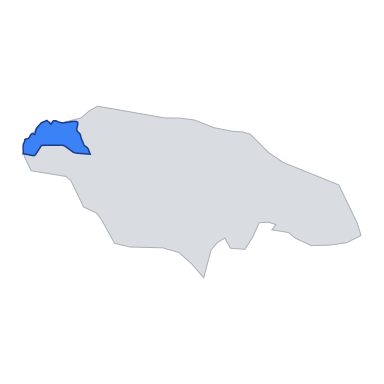 location of Hanover within Jamaica
{"feature_id": "JAM-1371", "entity_name": "Hanover", "entity_type": "Parish", "adm_level": 1, "iso_a3": "JAM", "parent_name": "Jamaica", "parent_adm1": "", "projection": "equal_earth", "projection_center": [-78.136, 18.373], "detail": "fine", "context": "in_parent", "style": "filled", "palette": "blue", "viewbox_px": 384, "rotation_deg": 0, "n_neighbors": 0, "source": "natural_earth", "source_scale": "10m", "svg_char_len": 1351}
<svg xmlns="http://www.w3.org/2000/svg" viewBox="0 0 384 384"><path d="M194.5,120.0L213.7,127.6L233.6,131.5L242.2,131.8L250.3,134.2L268.5,152.5L283.2,162.5L338.8,184.9L357.4,223.5L361.0,235.5L346.6,242.7L328.6,245.2L311.3,245.6L295.3,238.2L288.4,232.5L271.8,229.8L275.9,224.6L268.5,222.2L259.2,222.7L252.5,237.5L244.9,249.3L230.4,248.2L224.8,238.1L217.2,242.7L211.0,250.1L203.7,277.8L191.8,264.0L178.9,252.5L162.6,247.8L129.9,247.0L114.5,243.2L101.6,219.8L96.6,213.1L83.6,207.0L70.7,180.2L66.1,176.5L31.2,170.8L24.1,156.1L26.2,142.8L37.8,126.6L43.5,121.9L62.8,122.6L81.2,117.8L89.3,110.8L97.7,106.2L164.4,117.9L179.8,118.1L194.5,120.0Z" fill="#d9dde1" stroke="#a8b0b8" stroke-width="1"/><path d="M23.0,153.8L23.3,152.3L23.1,145.9L23.4,144.0L24.6,141.5L24.7,139.9L25.3,139.1L27.7,138.8L29.3,137.5L30.5,135.1L32.2,133.4L34.8,134.5L36.4,128.5L41.3,122.8L46.9,120.4L51.0,124.3L53.3,120.8L55.8,120.7L58.8,122.1L62.4,123.0L72.6,121.4L76.0,121.4L77.7,122.2L77.7,124.3L77.6,124.9L76.6,129.7L76.9,130.4L77.4,131.3L80.0,134.0L80.2,134.6L80.6,135.6L80.9,137.1L81.3,138.5L83.1,142.7L83.9,145.0L84.2,145.4L84.8,145.9L87.0,147.4L87.8,148.4L88.2,149.0L90.2,154.2L76.9,153.2L73.5,152.4L64.8,146.0L63.4,145.5L61.9,145.2L42.3,145.3L41.4,145.6L35.5,154.6L34.7,155.4L33.9,155.6L33.0,155.6L24.5,154.0L23.0,153.8Z" fill="#3b82f6" stroke="#1e3a8a" stroke-width="1.5"/></svg>